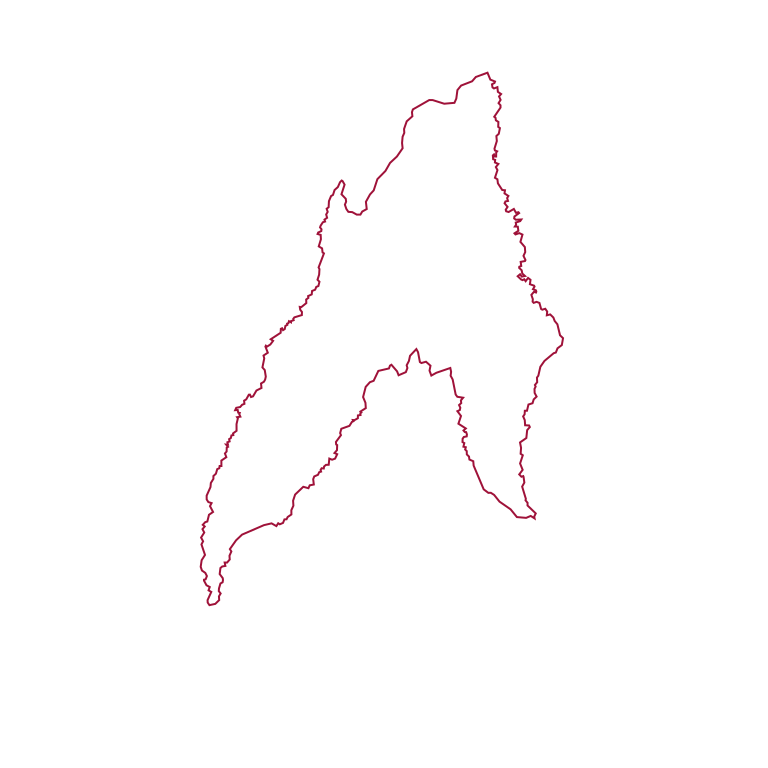 the district of Piendamó, Cauca, Colombia, rotated 232°
{"feature_id": "7082276B51071963604741", "entity_name": "Piendamó", "entity_type": "district", "adm_level": 2, "iso_a3": "COL", "parent_name": "Colombia", "parent_adm1": "Cauca", "projection": "orthographic", "projection_center": [-76.57, 2.735], "detail": "fine", "context": "isolated", "style": "outline", "palette": "rose", "viewbox_px": 768, "rotation_deg": 232, "n_neighbors": 0, "source": "geoboundaries", "source_scale": "gbopen_adm2", "svg_char_len": 6166}
<svg xmlns="http://www.w3.org/2000/svg" viewBox="0 0 768 768"><g transform="rotate(232 384 384)"><path d="M565.6,657.2L569.4,645.4L568.3,639.8L571.7,628.5L570.4,622.8L564.4,616.7L562.2,612.6L567.8,604.0L577.7,597.2L579.9,594.5L582.6,575.8L581.0,573.4L577.5,571.2L577.0,563.6L572.6,556.8L569.4,554.6L567.4,550.9L562.8,546.6L558.3,543.8L555.3,534.2L554.5,524.9L551.0,516.3L549.5,504.9L542.9,495.1L542.0,489.7L538.7,481.9L532.5,478.1L533.3,473.0L532.0,469.7L534.3,466.8L539.0,464.8L541.6,461.9L545.1,462.1L549.4,463.6L551.0,466.4L553.5,467.9L559.7,467.3L565.4,475.7L569.5,476.3L570.4,475.9L570.1,473.6L567.6,468.9L567.3,464.5L564.4,460.2L564.7,458.0L562.0,453.2L557.4,449.2L557.4,446.7L554.3,445.6L553.2,442.8L550.0,441.5L550.2,438.3L548.3,437.6L549.1,435.4L547.8,431.6L546.8,430.0L544.4,430.0L543.1,428.7L543.9,425.4L543.1,424.0L540.5,425.9L536.9,423.4L532.6,417.3L529.0,418.7L525.5,416.6L523.9,417.1L516.1,404.2L514.3,403.9L510.1,400.2L507.1,395.8L504.3,396.1L501.6,392.6L502.2,390.4L500.7,387.8L501.6,384.6L499.1,382.2L500.0,378.3L498.4,377.4L498.5,374.7L495.6,372.6L495.5,366.1L496.6,365.1L494.1,363.7L491.3,363.7L488.9,361.7L491.7,354.4L491.2,352.6L489.9,352.1L490.8,349.4L489.9,348.7L492.0,347.8L490.8,346.1L491.2,344.8L490.1,344.2L490.5,342.1L488.4,339.6L488.6,337.6L490.7,338.0L491.0,336.7L488.0,334.1L489.0,322.3L486.3,323.2L485.1,318.7L485.5,314.7L486.9,314.5L486.5,313.6L480.2,311.7L480.6,306.6L477.9,305.4L471.9,298.4L468.4,298.6L462.6,295.4L460.7,293.1L459.7,290.8L460.1,287.4L456.3,285.0L457.4,279.5L454.9,273.2L455.6,271.2L458.2,271.8L458.8,270.9L456.7,266.0L457.0,263.5L454.3,261.8L455.0,259.4L454.4,256.5L456.2,252.9L455.0,250.6L453.6,252.7L451.2,251.5L450.0,252.5L449.4,251.4L446.7,250.7L448.3,247.8L446.9,247.7L443.2,243.1L437.9,239.0L438.0,234.6L436.5,233.8L437.4,232.1L435.7,230.0L435.9,228.0L433.8,227.0L434.5,224.7L432.3,223.7L433.5,222.3L430.5,222.4L430.7,220.9L427.7,218.4L427.2,215.9L423.4,214.7L423.8,208.7L419.5,205.4L420.6,204.0L419.0,202.3L419.6,200.2L416.8,196.3L416.5,192.9L414.3,191.2L412.6,186.6L409.6,183.8L405.2,175.5L402.2,173.2L399.1,172.9L396.3,174.8L394.9,171.7L388.4,170.5L388.7,165.6L384.4,160.1L385.2,158.1L384.6,154.5L382.1,155.0L381.4,151.6L377.6,150.9L375.6,145.3L371.4,144.6L370.0,141.4L359.5,137.7L357.4,131.8L352.8,127.0L349.1,125.7L345.2,126.9L341.7,126.2L339.9,123.2L340.6,121.7L339.9,121.1L334.7,120.2L331.3,121.7L329.4,118.7L326.5,119.9L322.3,111.9L320.3,110.5L317.2,110.3L314.6,115.7L315.2,121.1L318.3,123.2L319.5,126.3L322.5,126.3L324.5,128.1L327.5,132.3L327.1,134.7L328.6,136.4L330.3,137.4L335.4,137.5L339.7,141.8L339.8,144.2L338.3,147.0L341.4,148.5L339.9,150.4L340.7,154.4L343.8,156.5L346.0,160.6L348.8,160.9L351.9,171.2L352.7,179.4L346.7,202.5L343.4,209.6L338.3,211.7L339.4,214.9L337.6,215.5L336.7,218.9L338.6,222.2L337.4,223.9L338.5,226.2L338.2,230.7L341.6,233.3L343.9,237.7L348.0,240.5L351.6,245.9L352.7,257.1L348.4,260.3L349.9,263.1L348.0,266.8L352.6,269.6L354.1,272.1L353.1,276.1L354.4,278.6L353.7,280.5L355.3,281.1L356.0,283.0L354.5,284.5L355.9,286.0L356.0,288.5L354.4,290.7L358.9,295.0L356.3,296.5L355.3,299.5L357.5,303.9L360.1,302.5L360.8,306.2L364.7,309.5L365.8,309.1L367.9,310.4L370.2,318.6L372.3,319.2L375.0,322.8L372.3,331.0L373.9,335.4L373.5,337.0L374.8,337.3L373.7,338.5L373.1,342.3L375.3,344.1L374.0,346.4L375.5,347.3L375.5,348.6L376.8,348.5L376.2,354.8L380.6,357.8L386.6,359.5L393.0,367.8L394.1,374.0L392.9,377.8L397.8,387.6L393.2,397.5L394.8,400.0L394.6,401.7L385.9,402.1L381.9,400.9L379.9,408.5L382.2,412.3L384.8,413.4L386.8,417.8L390.2,421.9L391.6,431.0L388.1,430.4L379.2,425.8L377.5,426.4L375.7,430.8L369.8,431.9L366.5,428.1L361.5,426.5L360.6,432.2L355.8,446.1L352.3,444.4L349.5,441.6L345.3,440.9L331.6,434.0L328.8,433.9L324.5,437.9L323.7,434.5L321.4,433.1L321.2,430.2L318.3,429.5L316.8,427.7L317.4,425.1L311.4,425.0L306.9,418.2L298.6,421.1L298.4,418.0L296.4,418.1L295.5,419.1L293.2,418.3L291.8,416.9L293.1,414.3L292.5,412.3L289.9,410.1L288.0,410.9L285.7,408.0L283.8,409.5L282.4,407.6L280.2,407.9L277.5,405.9L274.5,406.3L271.9,404.8L268.2,406.8L264.5,404.4L239.6,397.7L234.0,399.2L232.5,401.2L228.8,402.5L220.2,402.6L207.3,406.6L197.3,406.8L191.0,413.6L189.7,418.4L185.4,419.9L187.0,420.7L188.6,423.9L199.9,422.3L202.0,424.0L205.2,423.9L206.2,425.1L218.1,429.7L219.9,433.9L224.9,436.8L225.7,437.0L226.3,435.2L229.5,434.9L231.0,440.4L237.6,442.3L242.4,449.5L244.9,448.7L249.3,452.7L254.2,455.2L253.8,462.9L259.5,468.4L260.3,472.4L262.0,472.8L264.6,469.8L268.9,472.7L272.8,473.7L273.5,476.1L276.2,478.5L274.9,480.2L278.9,485.2L277.4,489.2L279.7,492.5L280.1,496.5L284.2,497.2L287.5,499.6L288.6,501.9L290.3,502.3L291.1,505.8L294.9,508.5L295.5,510.7L301.3,517.8L303.4,524.7L303.8,536.7L303.0,538.8L305.3,542.7L305.2,548.1L309.9,553.3L314.0,552.7L324.3,557.4L328.6,557.3L332.1,558.4L336.5,557.8L337.9,554.6L340.6,557.2L344.0,557.4L345.1,554.5L346.4,554.0L352.2,556.4L354.8,554.8L355.8,551.9L357.4,551.8L359.2,553.5L363.5,555.0L364.3,558.9L362.5,560.1L363.0,560.9L364.2,561.4L367.0,559.8L368.1,562.6L369.1,562.8L372.8,560.4L375.9,563.6L378.9,562.8L377.8,558.9L380.2,559.0L380.5,557.2L381.9,556.4L386.6,555.7L386.7,558.8L383.8,558.7L382.3,561.6L385.9,561.0L388.9,562.5L392.3,562.0L393.1,562.8L392.5,564.8L396.1,566.9L394.1,570.8L394.6,571.8L399.1,572.8L401.0,576.5L405.2,579.3L412.0,579.0L416.5,585.1L419.6,583.5L420.9,579.7L422.4,579.6L422.0,584.2L425.6,586.3L427.5,584.1L428.2,586.2L430.1,587.2L428.5,591.6L429.1,593.5L432.3,589.0L434.3,588.5L435.7,589.9L435.5,595.7L436.6,595.7L437.7,593.4L442.0,594.1L442.8,588.1L444.9,586.6L446.4,587.2L447.5,590.4L452.2,590.3L453.1,592.1L451.9,594.4L454.7,595.5L455.6,597.8L460.0,596.3L462.2,598.6L464.1,596.6L472.0,597.3L475.5,599.4L478.2,598.4L482.7,605.1L486.1,605.7L487.0,609.6L490.3,607.8L492.2,609.6L493.9,608.4L497.1,610.5L497.2,612.0L495.1,611.3L494.2,612.4L497.3,614.9L497.7,616.4L499.8,615.2L501.4,615.9L506.0,622.5L510.2,625.2L510.5,628.5L514.3,632.9L516.3,632.3L520.1,635.5L522.9,634.5L525.2,635.8L526.7,635.4L530.1,646.0L531.9,647.4L534.8,647.2L536.1,650.8L539.8,651.7L540.4,654.8L544.1,653.6L548.1,656.1L549.2,652.6L550.9,652.1L553.7,653.6L553.2,656.4L554.0,657.7L558.4,655.2L565.6,657.2Z" fill="none" stroke="#9f1239" stroke-width="2"/></g></svg>